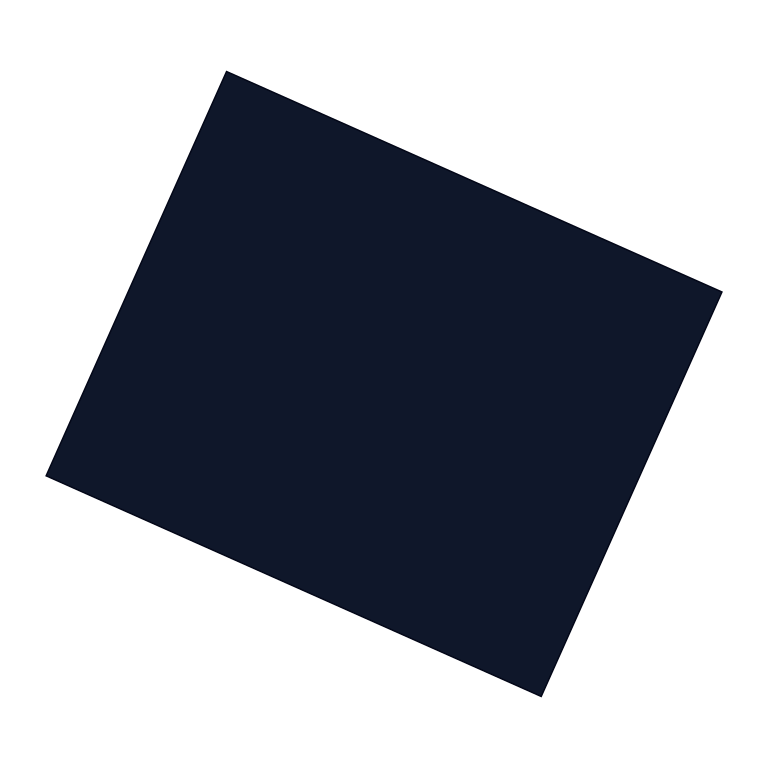 Stanton, Nebraska, United States of America (Robinson projection), rotated 114°
{"feature_id": "52423323B97836650916627", "entity_name": "Stanton", "entity_type": "district", "adm_level": 2, "iso_a3": "USA", "parent_name": "United States of America", "parent_adm1": "Nebraska", "projection": "robinson", "projection_center": [-97.231, 41.917], "detail": "fine", "context": "isolated", "style": "filled", "palette": "ink", "viewbox_px": 768, "rotation_deg": 114, "n_neighbors": 0, "source": "geoboundaries", "source_scale": "gbopen_adm2", "svg_char_len": 279}
<svg xmlns="http://www.w3.org/2000/svg" viewBox="0 0 768 768"><g transform="rotate(114 384 384)"><path d="M162.5,112.7L162.6,248.3L162.6,654.9L309.6,655.1L556.2,655.3L605.3,655.3L605.5,113.3L309.7,112.9L162.5,112.7Z" fill="#0f172a" stroke="#020617" stroke-width="1.5"/></g></svg>